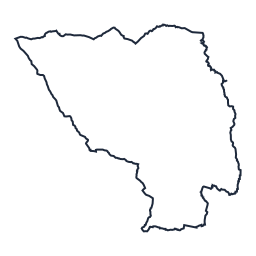 Hankha, Chai Nat, Thailand
{"feature_id": "78962969B11374583847622", "entity_name": "Hankha", "entity_type": "district", "adm_level": 2, "iso_a3": "THA", "parent_name": "Thailand", "parent_adm1": "Chai Nat", "projection": "natural_earth1", "projection_center": [99.977, 15.032], "detail": "fine", "context": "isolated", "style": "outline", "palette": "slate", "viewbox_px": 256, "rotation_deg": 0, "n_neighbors": 0, "source": "geoboundaries", "source_scale": "gbopen_adm2", "svg_char_len": 5799}
<svg xmlns="http://www.w3.org/2000/svg" viewBox="0 0 256 256"><path d="M236.9,191.6L237.1,189.0L237.9,188.9L237.6,186.2L237.7,184.6L238.2,183.1L238.2,181.3L238.9,181.3L238.9,179.0L239.8,179.0L239.8,175.4L240.5,175.3L240.6,170.1L239.0,169.5L238.8,169.2L238.5,166.4L238.8,165.5L238.7,163.8L238.2,162.8L237.9,161.5L236.9,160.6L237.1,159.5L235.8,157.6L236.1,154.5L235.5,149.0L234.9,147.7L233.2,146.3L232.7,145.5L232.8,144.5L233.1,143.8L233.0,142.6L232.6,142.1L231.6,141.5L230.9,139.5L230.8,134.8L230.3,132.8L230.8,130.7L231.4,130.0L230.7,128.0L232.5,126.9L234.3,124.8L234.4,123.7L233.3,121.2L233.9,119.0L235.3,117.9L235.1,115.9L235.5,114.0L234.5,111.7L234.4,110.3L233.1,109.0L233.1,106.6L231.7,106.2L229.7,106.4L228.3,105.4L228.0,102.8L228.0,99.8L227.2,98.6L226.9,97.5L225.6,96.9L224.9,96.1L224.9,95.1L224.4,94.6L224.5,93.8L224.4,92.6L224.1,92.0L224.0,89.4L223.3,88.7L223.3,87.4L222.6,86.8L221.7,84.9L221.6,84.0L222.5,83.3L223.0,82.5L223.0,80.7L223.3,80.7L224.8,81.4L226.3,80.9L226.6,81.4L226.5,81.0L226.3,80.8L224.8,81.3L224.0,80.9L221.9,75.7L220.1,73.8L217.5,72.8L217.2,72.2L215.4,72.5L215.6,71.7L215.4,71.1L214.4,70.8L214.3,70.1L214.0,69.7L211.5,69.8L211.0,70.1L210.8,69.1L211.3,68.5L210.9,67.2L210.3,66.9L209.8,65.9L208.7,66.0L208.1,65.7L208.1,64.6L208.8,63.9L208.8,63.4L207.7,62.0L206.6,61.8L206.3,61.5L206.5,60.8L207.7,59.4L208.4,57.0L207.5,56.4L204.7,53.7L204.5,52.4L205.1,51.2L205.6,50.9L205.8,49.9L206.5,49.7L206.6,47.9L207.0,47.3L206.6,46.8L206.1,46.8L205.8,45.8L205.0,45.5L204.5,45.8L203.8,45.4L203.5,43.9L202.4,43.7L201.7,43.2L203.0,42.8L204.0,41.8L203.0,40.4L201.7,40.4L201.2,40.9L200.9,40.6L201.4,40.1L202.6,39.8L202.8,38.4L203.4,37.6L203.5,35.3L203.2,34.9L203.2,34.1L202.6,32.9L192.4,32.2L191.1,31.7L184.7,28.1L181.7,28.3L179.2,27.3L177.4,26.9L177.2,27.2L175.8,26.8L175.6,27.0L175.0,26.0L174.5,25.7L172.4,26.0L169.5,25.8L168.8,26.1L167.1,25.3L166.2,25.9L164.9,24.9L163.1,24.6L162.8,25.5L161.9,25.4L160.0,26.6L159.6,26.3L158.9,26.8L158.2,26.8L157.0,26.3L155.6,28.2L154.0,29.2L153.5,29.1L152.3,30.9L151.7,31.2L150.8,30.6L149.9,30.8L149.2,31.3L147.6,33.8L146.7,33.4L145.2,33.6L144.0,36.0L141.1,38.0L137.9,41.5L135.5,43.6L134.4,42.3L133.7,42.2L132.2,40.7L127.7,39.1L124.4,38.5L123.7,37.3L123.7,36.0L122.9,35.8L121.2,34.8L119.5,32.1L118.4,30.8L115.3,28.7L114.7,27.7L113.4,27.6L110.9,29.0L110.3,29.7L108.0,31.2L106.3,31.8L105.1,32.8L103.1,33.6L101.2,35.9L100.3,35.6L97.7,36.5L96.3,37.6L94.7,38.3L93.7,39.3L89.0,37.1L83.8,35.5L82.7,35.6L80.4,35.2L74.1,35.4L70.2,34.5L67.4,34.6L65.7,34.3L63.4,36.1L62.8,36.2L61.5,36.1L59.7,35.1L59.5,33.8L58.6,33.9L58.1,33.4L56.3,30.7L55.9,31.0L52.2,31.4L51.0,31.8L50.4,31.3L48.5,31.7L47.0,32.7L46.4,32.8L45.2,33.9L44.8,34.7L44.8,36.1L43.6,36.4L42.7,37.3L41.9,37.1L39.7,38.1L37.7,37.9L34.6,38.6L33.0,38.6L31.2,39.3L28.1,38.4L26.4,37.6L25.5,37.8L22.7,36.9L20.6,36.8L15.4,38.7L17.3,40.8L19.2,46.5L20.6,48.6L23.5,50.9L27.9,55.9L28.7,58.0L30.0,60.0L31.3,61.1L31.7,64.1L34.2,66.2L37.1,69.8L37.4,70.7L37.2,73.0L37.4,73.9L40.3,75.0L42.9,75.0L44.1,76.0L44.7,78.4L46.5,82.2L46.9,84.4L47.7,86.0L48.9,89.7L50.1,91.3L51.6,94.3L52.4,95.0L53.2,97.0L55.2,99.1L56.3,100.5L57.9,106.0L59.0,107.3L59.5,109.4L60.2,111.0L63.0,113.0L64.4,116.3L66.1,116.5L69.5,116.1L70.3,116.4L71.3,118.2L71.6,120.3L72.7,121.5L73.1,124.9L74.6,125.6L75.4,126.8L75.5,128.0L76.8,129.2L77.0,130.6L79.2,132.5L79.8,134.2L80.3,134.9L85.0,136.9L85.9,138.4L87.9,139.7L88.0,140.2L87.7,141.1L86.3,142.7L86.0,143.6L89.2,148.1L89.6,149.9L90.5,149.8L90.6,150.9L94.0,151.1L96.0,151.6L95.9,149.9L96.9,149.6L102.8,149.6L104.4,150.3L106.6,150.6L107.6,151.4L108.0,152.3L108.8,152.8L109.5,154.3L111.0,155.6L113.7,156.0L115.6,157.8L117.0,157.8L118.4,158.5L118.8,158.3L120.3,159.0L123.1,159.2L124.1,158.9L125.8,160.0L126.4,161.0L128.4,161.8L130.5,162.1L131.4,161.9L132.4,162.5L133.3,163.4L134.0,163.3L135.2,163.8L136.6,163.8L138.2,164.2L137.6,165.9L138.2,167.3L138.3,168.4L137.5,169.3L137.0,170.5L137.4,171.0L136.9,171.7L137.1,172.6L136.5,174.2L136.6,175.2L136.3,177.2L136.6,178.1L140.1,180.7L141.4,182.2L142.5,182.9L143.7,184.8L145.1,188.1L143.4,189.4L142.5,190.5L144.9,193.6L146.1,194.8L149.2,195.9L152.8,198.2L152.9,199.1L152.6,203.6L151.4,207.8L150.6,208.3L150.5,209.2L150.0,209.9L150.0,210.8L150.4,211.7L150.4,214.3L150.8,215.3L150.7,216.0L150.2,216.4L150.0,217.0L149.1,217.2L148.2,218.1L147.2,221.4L146.4,222.5L145.7,224.8L144.9,224.9L144.9,225.6L144.4,226.0L144.2,226.7L142.3,227.5L141.7,228.5L142.7,230.2L143.9,231.4L145.1,231.2L147.2,231.3L148.7,229.4L149.7,227.2L150.0,227.4L150.5,226.8L152.8,227.2L153.1,226.4L153.8,226.3L155.7,226.4L158.1,227.3L159.6,227.5L159.8,228.4L160.8,228.2L162.8,228.5L163.6,228.9L165.5,228.9L165.6,229.8L166.8,229.8L167.8,230.3L170.7,229.7L172.2,229.9L174.4,229.4L174.7,229.3L174.8,228.7L175.9,228.8L176.7,229.5L177.6,229.4L177.7,229.9L179.8,230.3L180.4,230.1L180.7,229.5L181.5,229.1L183.7,228.4L184.2,225.1L196.1,227.5L195.9,227.0L196.1,226.9L197.4,226.6L199.1,225.6L201.1,225.0L201.3,224.9L201.6,226.2L202.5,226.0L203.5,225.4L203.6,224.6L205.0,224.6L204.6,222.0L204.7,219.9L205.4,215.6L206.8,214.0L207.3,212.1L205.9,210.8L207.5,205.1L207.8,203.3L206.0,201.1L205.6,201.1L204.9,200.6L204.5,200.0L204.5,199.6L203.0,197.9L203.2,197.4L202.8,197.3L202.4,196.7L202.3,195.9L201.6,195.6L201.8,195.3L201.5,194.8L201.7,194.5L201.2,193.2L201.3,191.9L201.0,191.8L201.5,191.3L201.6,190.4L201.9,190.1L202.3,188.4L203.0,186.9L203.8,186.5L210.0,188.3L210.9,188.9L211.8,188.1L211.9,186.6L212.5,186.9L212.6,185.2L213.2,185.6L214.3,185.6L214.7,186.0L216.1,186.3L216.4,186.8L216.4,187.3L217.4,188.8L219.6,190.6L220.2,190.5L220.3,190.0L221.3,189.0L222.2,189.6L224.7,189.8L226.4,191.6L228.0,192.1L228.9,193.4L229.3,194.9L230.3,194.8L230.9,194.4L231.0,193.9L231.3,193.6L232.6,194.2L234.5,193.4L234.8,193.6L235.1,192.9L235.5,192.9L235.5,191.7L236.9,191.6Z" fill="none" stroke="#1e293b" stroke-width="2"/></svg>